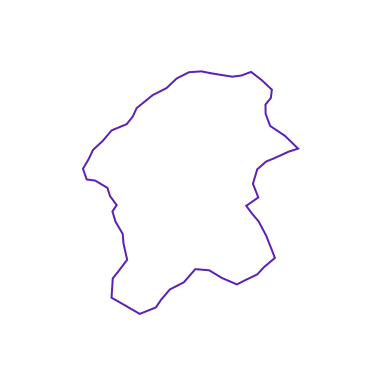 Fyllia, Cyprus, rotated 214°
{"feature_id": "46923920B75200378291295", "entity_name": "Fyllia", "entity_type": "district", "adm_level": 2, "iso_a3": "CYP", "parent_name": "Cyprus", "parent_adm1": "", "projection": "mercator", "projection_center": [33.104, 35.192], "detail": "fine", "context": "isolated", "style": "outline", "palette": "violet", "viewbox_px": 384, "rotation_deg": 214, "n_neighbors": 0, "source": "geoboundaries", "source_scale": "gbopen_adm2", "svg_char_len": 956}
<svg xmlns="http://www.w3.org/2000/svg" viewBox="0 0 384 384"><g transform="rotate(214 192 192)"><path d="M128.3,287.3L146.1,290.5L155.1,290.5L164.2,290.5L174.7,298.0L180.0,305.6L179.2,314.0L183.0,321.5L197.3,323.8L210.2,324.6L216.2,316.2L223.0,310.2L234.3,304.9L242.6,301.1L251.6,297.3L261.4,289.7L268.2,277.6L271.2,264.0L278.8,250.3L284.8,230.6L283.3,221.5L284.1,211.7L288.6,204.9L293.1,198.1L294.6,184.4L297.6,171.5L296.1,161.7L295.4,150.3L286.3,143.5L278.8,147.3L264.4,148.1L257.7,142.8L247.1,139.0L247.1,131.4L238.8,124.6L226.0,118.5L220.0,111.0L207.9,99.6L208.6,86.0L209.4,76.1L199.6,59.4L189.0,60.2L167.2,61.7L157.4,76.1L157.4,85.2L155.9,98.8L148.3,112.5L146.1,129.9L134.0,136.7L118.9,137.5L103.1,140.5L98.5,148.8L91.8,160.2L90.3,170.0L86.4,183.7L94.0,189.0L106.1,197.3L120.4,204.9L131.0,207.9L139.3,210.9L134.0,224.6L146.1,232.9L150.6,247.3L147.6,258.7L143.0,265.5L134.7,279.1L128.3,287.3Z" fill="none" stroke="#5b21b6" stroke-width="2"/></g></svg>